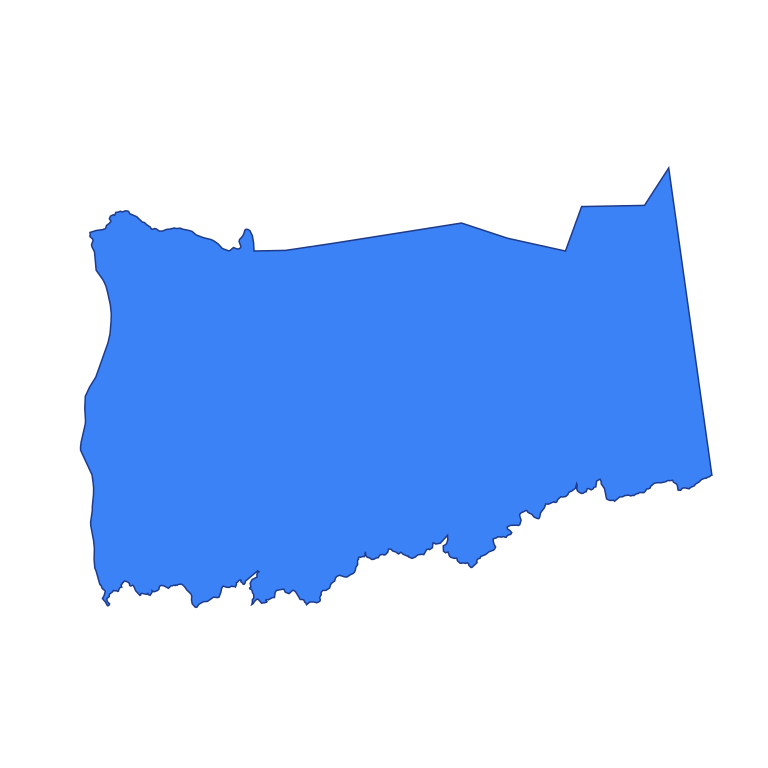 outline of Bariloche, Río Negro, Argentina, rotated 262°
{"feature_id": "61730980B38483237983856", "entity_name": "Bariloche", "entity_type": "district", "adm_level": 2, "iso_a3": "ARG", "parent_name": "Argentina", "parent_adm1": "Río Negro", "projection": "robinson", "projection_center": [-71.782, -41.509], "detail": "fine", "context": "isolated", "style": "filled", "palette": "blue", "viewbox_px": 768, "rotation_deg": 262, "n_neighbors": 0, "source": "geoboundaries", "source_scale": "gbopen_adm2", "svg_char_len": 6118}
<svg xmlns="http://www.w3.org/2000/svg" viewBox="0 0 768 768"><g transform="rotate(262 384 384)"><path d="M202.7,79.7L203.3,80.9L204.5,81.7L207.0,79.7L210.1,79.7L211.7,82.3L214.0,82.8L216.1,86.5L217.3,87.4L216.5,89.0L216.7,90.0L215.6,91.5L215.7,92.0L218.6,93.6L219.4,94.9L219.3,96.0L221.6,95.7L222.6,97.0L223.5,97.3L223.7,98.1L225.1,99.6L223.8,102.4L222.7,103.5L221.5,104.2L220.2,104.0L219.4,104.7L219.2,105.4L219.7,106.9L219.1,107.9L213.8,109.3L208.6,112.9L208.9,113.7L210.3,114.0L210.4,115.1L208.8,119.4L208.9,120.3L209.5,121.0L208.2,121.3L207.3,123.0L210.3,125.5L211.6,125.6L210.5,126.5L210.3,127.5L210.9,130.6L212.0,132.5L214.7,133.4L215.6,135.2L214.8,137.9L211.7,142.1L213.8,145.0L213.6,146.3L214.0,147.8L213.5,149.3L214.0,149.8L213.4,151.1L214.2,152.4L214.0,155.7L211.5,158.0L207.1,160.3L203.1,163.5L200.7,164.1L196.9,163.3L193.1,163.5L189.5,165.8L189.1,166.4L188.9,167.5L191.7,170.2L193.5,174.7L193.3,179.0L196.7,185.6L195.7,189.0L195.8,190.9L200.5,193.5L203.9,194.6L206.4,196.5L204.6,199.8L204.1,202.6L205.1,205.0L204.4,206.3L204.4,207.8L203.6,208.6L206.0,210.0L207.7,210.1L208.3,211.6L209.8,213.2L210.0,214.5L209.6,215.1L208.7,214.7L207.7,215.0L207.1,215.8L205.4,216.6L205.1,217.6L206.1,218.7L207.9,219.1L216.6,232.9L215.5,234.0L214.6,232.5L213.2,231.6L210.5,231.4L208.7,226.1L205.2,223.7L201.6,224.0L200.6,222.5L200.0,222.5L198.9,224.0L197.8,224.6L195.8,224.7L194.0,225.6L190.2,225.3L188.7,223.6L185.9,223.2L184.0,222.3L184.6,223.7L186.9,225.7L188.6,228.2L188.2,229.5L183.9,232.3L184.2,233.6L183.9,234.8L184.3,237.4L184.7,237.8L185.9,236.8L186.9,237.3L186.3,239.5L188.0,243.5L187.8,245.8L192.7,247.2L194.5,248.7L194.9,255.5L194.7,256.3L191.6,257.3L189.7,260.5L189.7,261.0L192.3,264.7L192.0,266.2L189.8,267.9L182.3,271.0L181.8,273.7L181.3,274.5L179.0,275.1L177.7,276.3L176.2,276.6L178.4,280.2L178.0,283.9L176.7,286.9L177.2,289.0L178.1,290.5L179.3,290.9L181.4,290.6L184.1,292.5L185.4,292.5L187.1,293.3L188.1,294.9L187.7,297.8L189.5,301.7L192.9,303.3L194.4,305.0L195.7,307.7L198.5,308.9L200.0,310.4L200.8,313.3L198.5,318.1L198.0,320.4L200.2,325.1L200.5,326.8L201.6,328.4L203.6,329.7L206.4,330.6L208.8,332.8L212.0,333.0L213.7,333.8L214.1,334.5L215.8,334.6L216.1,335.7L215.7,336.7L216.1,338.9L215.8,340.4L217.4,341.4L220.5,342.1L216.8,342.1L215.5,342.6L214.6,343.6L213.8,345.6L212.0,347.3L211.8,349.4L213.0,352.8L212.7,354.0L214.8,355.7L215.5,357.0L215.3,359.3L214.6,360.4L214.8,361.7L217.0,364.4L219.7,365.3L219.9,366.0L219.3,368.1L217.5,369.2L216.0,372.3L213.8,374.5L213.9,375.6L215.0,376.9L214.9,377.5L212.7,379.3L210.3,383.2L210.3,384.0L209.4,384.2L207.4,387.5L208.3,390.9L210.1,393.7L210.1,397.8L209.5,399.7L214.0,403.1L214.4,405.1L213.6,406.1L215.1,409.1L219.8,410.4L219.7,411.3L218.3,413.0L218.5,417.6L225.3,425.9L220.9,425.5L217.5,423.9L216.6,423.0L215.4,420.1L210.2,419.6L208.3,421.4L208.7,424.0L204.4,424.9L203.1,426.0L201.6,429.2L201.4,431.8L198.7,432.1L196.1,434.2L195.7,435.3L195.8,437.7L195.0,439.8L195.4,441.4L194.4,442.5L192.5,442.9L190.3,444.5L190.1,445.5L193.8,450.8L194.4,451.4L195.8,451.1L197.0,451.8L197.8,453.0L198.1,454.9L199.7,455.7L200.9,460.8L203.2,464.6L204.2,469.2L204.9,470.4L207.2,471.9L209.6,470.7L213.3,470.3L215.5,470.7L216.0,474.1L216.9,475.3L216.0,479.1L216.3,481.0L215.2,483.1L215.2,483.7L216.5,484.7L217.3,486.7L217.4,488.5L219.0,489.8L221.3,488.4L223.2,486.2L225.3,486.1L226.4,489.5L225.7,496.0L225.2,497.4L225.7,498.8L229.9,500.8L234.8,500.0L235.9,500.2L237.4,501.9L238.3,505.3L239.0,506.7L238.9,507.6L236.7,508.8L234.4,512.3L231.6,513.9L229.8,516.4L229.1,518.3L229.8,519.3L234.7,521.2L239.1,525.6L242.7,527.5L242.1,530.1L243.8,536.0L243.0,536.5L242.8,537.9L243.4,538.8L245.5,540.1L247.7,543.4L247.2,545.3L247.3,548.3L248.8,550.6L250.3,551.5L251.3,552.8L252.0,555.3L254.1,559.0L258.4,560.9L257.3,561.1L253.2,560.3L251.2,560.7L249.1,562.7L248.0,564.8L248.2,566.3L249.2,568.0L249.1,569.2L252.1,570.7L251.7,572.7L250.6,573.8L250.4,574.5L251.1,576.4L252.6,577.8L252.6,579.4L258.3,581.1L259.7,584.7L257.1,585.5L254.9,585.2L249.7,587.8L239.3,588.4L237.9,590.2L237.0,592.6L237.0,595.1L235.8,596.0L239.4,601.7L239.1,604.2L239.4,605.8L240.1,606.6L239.8,608.1L240.1,608.9L239.7,611.3L238.8,612.6L239.2,614.9L238.7,615.8L240.2,618.7L240.1,620.5L241.0,621.9L240.2,626.1L241.4,627.8L243.6,629.5L243.3,631.1L244.0,633.1L245.5,633.8L248.1,637.9L248.2,641.5L247.6,644.5L248.1,649.9L248.6,650.4L248.9,652.1L248.5,653.3L248.5,656.4L246.5,657.0L244.1,659.9L242.8,660.3L237.9,660.5L237.5,663.1L238.6,664.0L239.4,665.6L239.2,667.8L237.7,671.6L239.0,673.4L240.0,677.1L241.5,678.6L243.2,682.4L245.1,685.0L245.9,687.6L245.9,690.2L246.7,691.5L246.9,693.5L248.2,695.4L248.1,696.0L558.3,696.0L524.6,666.8L532.2,604.4L490.4,582.2L511.2,526.5L532.6,483.2L530.4,353.8L530.0,305.2L533.8,273.8L541.7,274.5L549.2,274.3L554.4,272.6L556.0,270.8L556.4,269.0L555.8,267.7L552.1,266.0L549.8,264.2L547.1,261.0L545.3,260.3L539.9,261.5L539.0,260.9L538.0,259.2L538.2,257.3L540.1,253.9L537.6,250.0L537.5,248.6L540.7,242.8L546.0,239.1L549.6,235.2L551.2,232.7L554.0,225.6L556.4,221.2L557.8,218.7L561.8,215.2L563.2,212.3L565.1,206.7L566.7,203.9L566.9,199.8L567.7,198.1L567.2,193.1L567.4,190.4L566.3,185.8L566.6,182.9L569.4,179.9L569.9,178.4L569.4,175.9L570.3,175.0L571.9,174.4L575.0,171.0L577.2,169.3L578.1,167.1L584.1,162.4L588.1,155.8L590.2,155.2L590.8,154.6L591.5,152.3L590.8,148.6L591.8,146.9L591.2,144.7L591.3,142.8L591.2,142.2L588.5,140.8L589.3,139.4L588.3,136.5L585.8,135.0L583.4,136.3L582.8,136.0L581.0,133.8L579.6,131.2L577.3,130.2L576.3,129.1L576.4,128.1L576.0,126.9L576.1,120.6L575.0,113.9L572.5,113.9L571.9,113.4L570.8,113.4L568.1,115.6L566.6,115.9L562.7,113.8L560.4,113.9L555.2,115.7L536.7,114.8L525.7,120.5L519.7,122.3L512.6,123.1L500.7,124.0L491.5,123.7L484.3,122.5L471.9,119.7L463.2,116.4L431.0,99.6L421.9,92.0L413.4,86.5L401.4,84.3L389.2,83.3L385.9,82.6L368.6,76.0L364.3,74.8L360.7,74.3L334.7,82.2L327.2,82.2L321.6,82.0L314.8,80.9L303.3,78.1L298.8,77.4L288.2,74.3L285.1,73.9L269.4,74.6L261.4,74.3L250.7,72.5L242.1,72.0L238.6,72.9L225.1,74.7L223.4,76.0L220.9,76.4L218.1,78.9L217.2,79.0L213.5,77.4L210.7,75.3L206.8,77.8L203.4,79.0L202.7,79.7Z" fill="#3b82f6" stroke="#1e3a8a" stroke-width="1.5"/></g></svg>